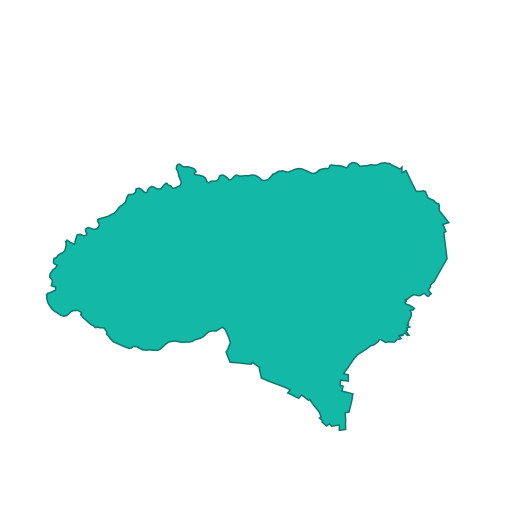 the district of Tepatlaxco, Veracruz, Mexico, rotated 301°
{"feature_id": "50627088B46485171339687", "entity_name": "Tepatlaxco", "entity_type": "district", "adm_level": 2, "iso_a3": "MEX", "parent_name": "Mexico", "parent_adm1": "Veracruz", "projection": "robinson", "projection_center": [-96.855, 19.048], "detail": "fine", "context": "isolated", "style": "filled", "palette": "teal", "viewbox_px": 512, "rotation_deg": 301, "n_neighbors": 0, "source": "geoboundaries", "source_scale": "gbopen_adm2", "svg_char_len": 6124}
<svg xmlns="http://www.w3.org/2000/svg" viewBox="0 0 512 512"><g transform="rotate(301 256 256)"><path d="M372.7,405.0L374.8,406.2L379.4,399.9L381.6,401.9L383.9,404.1L389.4,389.5L393.8,387.1L395.0,385.4L394.3,384.5L394.5,381.4L395.2,379.8L394.8,376.8L394.5,373.6L396.2,371.0L398.5,368.1L398.2,366.0L396.1,363.6L394.3,360.7L394.2,359.4L396.9,355.5L398.3,353.0L400.6,349.6L400.9,349.0L406.2,341.1L406.5,340.6L406.3,340.4L403.5,339.1L402.3,338.2L407.3,335.4L404.7,334.6L404.4,330.3L404.0,326.9L404.0,322.5L402.6,320.1L402.5,318.7L399.7,315.2L397.0,313.4L395.8,312.2L394.2,309.3L393.8,307.8L392.5,306.5L390.6,304.6L389.0,302.4L387.5,300.3L386.7,299.3L386.5,298.6L386.8,296.7L387.3,294.6L386.7,292.3L385.4,290.2L383.1,289.0L381.0,288.6L379.3,288.8L378.3,288.3L377.8,286.4L377.0,282.4L376.1,280.3L375.1,278.8L373.7,275.8L372.8,273.6L371.7,272.7L369.8,273.1L368.8,273.1L367.6,272.3L367.1,270.8L365.1,268.4L363.1,266.5L361.4,265.5L360.0,265.4L357.8,264.2L356.1,262.5L355.4,260.2L355.2,256.6L354.8,253.7L354.4,250.7L353.2,247.9L351.0,245.3L347.7,242.9L346.1,241.6L344.7,240.7L343.8,239.1L343.4,237.1L342.6,234.9L340.5,231.9L336.1,229.4L334.7,228.2L334.1,228.3L332.3,228.0L330.6,227.6L329.6,227.7L327.5,226.8L326.1,225.5L324.9,224.1L324.3,222.8L324.2,221.4L324.8,219.0L324.9,216.0L324.6,213.8L324.2,212.2L322.8,210.3L320.7,207.8L319.3,205.3L317.0,202.4L315.7,199.9L315.5,198.3L315.1,197.3L313.9,196.6L312.3,196.2L310.0,195.7L308.5,195.0L307.6,194.4L307.4,193.4L307.9,192.2L308.3,190.7L308.5,188.8L308.5,186.4L307.5,184.7L306.4,183.7L304.9,183.7L303.4,184.2L301.4,184.1L300.0,183.4L298.7,181.7L297.6,179.7L296.6,178.7L295.0,178.2L294.3,177.1L294.4,176.2L294.6,175.3L295.4,174.6L296.7,172.3L297.1,169.9L296.1,165.8L294.9,163.4L294.4,161.9L294.6,161.0L295.8,160.6L297.2,161.3L298.2,160.3L298.9,157.6L298.2,154.3L297.5,151.7L296.3,149.9L295.2,148.2L295.0,146.5L295.4,144.6L295.2,142.7L294.0,141.7L292.4,141.7L290.0,142.5L288.3,145.2L286.4,147.3L284.8,148.6L283.9,149.8L282.2,152.1L280.9,153.7L279.1,154.6L277.5,154.8L276.5,154.4L275.6,153.3L273.7,152.5L272.6,151.6L272.3,151.0L271.5,150.4L271.3,149.7L271.3,148.3L271.5,147.8L272.1,147.4L272.3,146.8L272.0,145.8L271.7,145.0L271.5,144.3L272.3,142.7L272.2,141.5L269.0,140.4L264.5,140.0L262.4,136.5L262.5,133.1L262.0,130.8L258.8,129.2L256.6,129.2L254.3,129.8L253.4,128.7L253.3,126.5L254.1,123.9L253.9,120.8L251.9,118.7L248.2,119.9L245.7,118.9L242.9,115.0L239.6,115.2L234.7,116.5L231.7,115.3L230.3,114.9L228.9,114.1L226.9,113.5L226.2,113.5L225.5,113.5L224.9,113.4L224.1,113.3L223.3,113.3L222.7,113.1L222.0,113.0L221.4,112.9L220.5,112.7L219.9,112.7L219.4,112.5L217.5,110.9L214.0,108.9L210.0,105.2L206.9,102.3L205.4,101.5L203.9,102.8L202.9,104.8L201.2,106.1L197.9,106.0L195.3,103.4L194.0,97.5L192.0,96.3L191.0,96.2L190.6,96.4L189.3,97.4L188.5,99.1L187.5,99.8L187.1,99.7L186.2,99.6L184.6,97.9L184.0,94.0L181.9,91.8L178.1,92.7L175.3,93.4L174.5,94.0L173.7,94.3L172.3,94.2L172.1,89.9L172.3,85.8L170.4,85.5L167.2,87.9L162.3,89.3L159.6,88.7L156.9,87.0L155.1,86.0L151.9,85.7L149.9,84.1L146.1,85.7L145.4,86.8L145.5,88.3L145.7,90.4L142.4,90.2L139.4,89.0L134.8,88.7L131.7,90.0L131.3,91.8L130.3,93.7L129.1,94.8L127.6,95.1L125.1,95.9L125.4,98.0L126.5,99.9L124.5,101.2L123.3,101.9L122.4,100.9L119.3,98.8L117.5,97.8L117.2,96.9L115.1,96.4L111.5,98.9L109.1,101.2L107.3,104.2L105.6,108.0L104.9,111.6L104.8,116.4L104.7,119.5L105.5,122.5L107.5,124.5L112.9,126.0L114.6,127.1L117.5,130.9L117.6,132.8L117.7,135.3L117.3,135.8L115.7,135.8L115.2,136.3L114.3,139.1L113.2,144.3L112.4,148.9L112.3,151.0L112.5,153.0L112.5,153.7L112.0,154.6L112.0,155.6L112.8,156.3L113.6,156.8L113.7,158.0L114.2,159.3L115.8,162.4L116.0,163.2L115.7,163.8L115.0,165.0L114.5,166.7L113.3,167.7L112.2,168.2L111.7,168.9L111.5,170.6L111.3,171.2L110.4,172.6L109.3,176.5L109.0,178.1L109.6,182.8L110.4,189.7L110.9,191.6L111.0,192.6L111.5,194.9L112.9,196.5L115.3,197.5L116.9,200.4L116.9,204.2L117.1,207.1L118.7,210.2L120.8,213.3L122.8,217.4L124.5,220.3L126.6,221.8L129.7,222.8L133.6,223.9L137.3,225.5L139.9,228.3L141.9,231.3L143.2,235.6L145.2,238.8L148.2,243.5L150.0,245.5L152.5,246.7L157.2,251.0L160.0,252.4L162.0,253.1L163.9,253.4L167.2,254.8L169.7,257.7L171.0,260.4L173.6,261.6L175.2,262.6L177.7,263.9L177.1,267.5L174.8,270.8L172.3,274.4L168.3,278.8L164.6,279.2L161.2,279.9L158.4,279.8L155.1,283.8L151.6,288.6L155.2,295.7L156.1,297.4L157.3,300.4L160.5,307.0L161.0,307.8L162.9,307.7L162.6,314.5L162.5,316.2L161.8,316.3L154.1,323.5L154.8,327.8L155.1,330.9L156.1,336.2L157.2,341.9L157.3,342.2L158.4,348.6L159.0,354.2L154.9,353.7L155.4,357.3L155.7,362.2L156.0,365.8L160.4,366.6L159.4,375.5L160.7,375.9L158.7,380.1L154.7,390.8L151.6,394.7L149.8,393.8L149.5,395.3L149.1,398.1L147.7,398.0L146.6,404.0L150.0,405.4L148.9,408.5L150.5,410.3L152.0,412.0L154.0,414.4L149.5,417.2L149.6,417.4L153.5,422.2L157.9,419.4L162.3,416.9L167.6,413.1L170.0,416.1L176.7,414.1L182.6,412.2L184.7,411.2L186.0,410.6L187.7,410.2L187.1,408.6L187.2,408.3L185.8,403.6L184.5,399.2L184.9,399.1L189.3,397.7L188.3,395.0L193.2,392.4L194.4,395.2L196.3,399.6L201.7,396.3L200.3,391.7L202.0,391.8L205.3,392.0L205.4,392.3L207.1,392.2L212.2,392.5L213.9,392.7L215.6,392.6L215.9,392.6L223.3,393.7L231.5,397.8L238.1,400.6L241.0,403.1L245.8,404.9L247.9,404.8L248.8,406.4L248.5,411.3L250.6,413.8L253.5,418.9L257.2,420.1L258.8,421.9L259.9,422.9L260.7,420.6L261.2,419.5L262.5,420.5L262.2,421.2L263.5,422.6L263.7,421.7L265.1,422.6L265.8,422.9L266.8,423.4L266.3,425.2L266.1,425.9L265.8,426.5L266.8,427.9L268.8,423.0L270.3,424.0L270.7,423.4L271.5,423.2L271.9,422.2L274.4,424.4L274.6,421.1L276.4,421.8L276.8,421.0L277.1,420.7L280.2,420.3L283.0,420.1L285.4,419.6L287.5,418.1L288.8,416.0L289.5,416.7L290.3,418.3L290.8,418.5L292.7,418.7L292.8,417.4L292.9,413.1L292.1,409.6L292.2,408.5L292.6,407.7L292.8,407.4L294.4,408.2L294.6,407.8L294.8,407.9L295.0,407.5L295.4,406.4L296.9,408.0L299.8,408.9L301.8,409.8L302.6,410.3L303.3,410.5L304.7,412.5L305.4,415.2L307.0,417.5L309.1,418.1L310.6,420.0L310.2,421.4L309.8,423.5L310.6,424.8L312.4,425.0L313.9,425.7L314.7,423.4L315.6,421.1L319.2,421.6L320.8,420.5L323.0,420.9L325.4,421.8L352.1,421.1L372.7,405.0Z" fill="#14b8a6" stroke="#0f766e" stroke-width="1.5"/></g></svg>